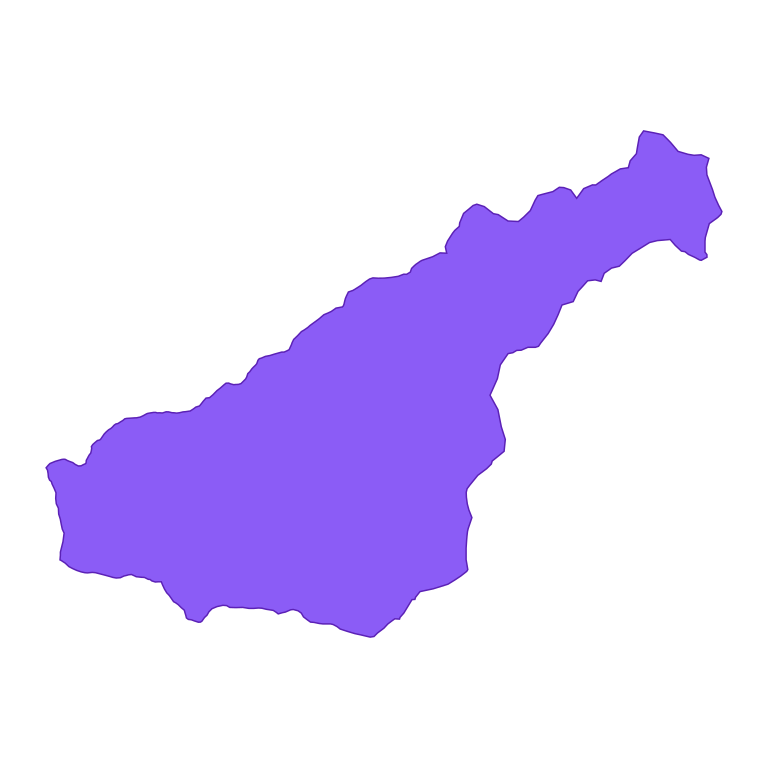 outline of Phuentenchhu, Chirang, Bhutan
{"feature_id": "84629894B77854435497479", "entity_name": "Phuentenchhu", "entity_type": "district", "adm_level": 2, "iso_a3": "BTN", "parent_name": "Bhutan", "parent_adm1": "Chirang", "projection": "mercator", "projection_center": [90.22, 27.109], "detail": "fine", "context": "isolated", "style": "filled", "palette": "violet", "viewbox_px": 768, "rotation_deg": 0, "n_neighbors": 0, "source": "geoboundaries", "source_scale": "gbopen_adm2", "svg_char_len": 4897}
<svg xmlns="http://www.w3.org/2000/svg" viewBox="0 0 768 768"><path d="M422.1,260.3L420.4,261.2L419.4,261.9L417.7,263.1L415.8,264.4L413.9,266.1L411.6,268.4L410.3,272.1L406.6,274.3L403.7,274.2L398.3,276.3L391.3,277.4L384.4,278.1L378.3,278.2L372.9,277.9L369.6,279.0L365.9,281.5L363.3,283.5L361.2,285.2L358.0,287.3L353.0,290.4L348.4,292.0L346.5,295.9L345.4,298.5L344.7,301.1L344.0,304.2L343.4,305.7L342.5,306.9L337.8,307.8L336.0,308.1L333.8,309.7L331.2,311.5L328.0,313.0L323.9,314.7L318.6,319.2L312.3,323.8L310.0,325.5L307.9,327.4L304.0,330.1L301.4,331.6L297.5,335.8L293.7,339.4L292.1,342.7L291.5,344.5L289.1,349.7L287.2,350.7L284.1,352.1L281.6,352.1L274.4,354.1L270.0,355.5L265.3,356.4L261.4,358.1L259.3,358.7L258.0,360.2L256.7,363.8L255.5,365.2L253.3,367.3L251.8,368.9L249.8,371.7L247.8,373.6L246.7,377.0L245.6,379.0L241.0,383.6L238.4,384.4L235.6,384.5L233.8,384.7L230.6,383.9L228.7,383.1L226.0,383.2L224.0,384.8L220.4,388.0L217.0,390.6L212.8,394.9L209.5,397.7L206.0,398.1L203.2,401.3L200.4,404.9L199.4,406.0L195.8,407.1L193.6,408.8L190.2,411.0L185.4,411.7L183.0,411.9L179.2,412.8L176.5,413.1L174.3,412.8L171.9,412.7L168.7,411.9L166.1,411.8L162.4,413.0L159.7,412.8L157.2,412.9L155.7,412.4L153.7,412.4L151.8,412.7L149.9,413.0L147.7,413.4L146.6,413.8L143.2,415.7L140.2,417.1L138.5,417.4L136.7,417.8L134.3,417.9L131.3,418.1L126.7,418.4L124.8,418.8L122.8,420.5L120.6,421.8L118.0,423.5L115.8,424.0L114.1,425.2L112.4,427.1L110.8,428.5L108.6,429.8L106.1,432.0L104.2,434.0L102.5,436.5L100.8,439.0L99.7,440.0L97.4,440.5L94.8,442.7L92.8,444.5L91.4,446.6L91.7,448.2L91.3,450.8L90.7,453.2L89.4,454.7L88.3,456.6L87.5,458.2L86.3,460.3L86.1,462.5L85.7,463.6L83.2,464.7L81.2,465.8L78.4,466.0L75.2,464.4L72.8,462.6L69.5,461.4L67.1,460.4L65.4,459.4L64.1,459.2L61.9,459.4L55.3,461.3L50.0,463.5L48.4,465.1L46.1,467.8L47.5,470.1L48.1,473.6L48.4,477.2L49.6,480.1L51.3,481.5L52.1,484.1L54.0,488.0L56.0,492.8L55.9,495.1L55.7,498.4L56.3,503.8L58.4,508.2L58.7,514.1L60.3,519.2L61.4,525.0L62.3,529.2L64.1,533.1L63.0,541.6L60.4,552.1L60.4,555.3L60.0,559.9L61.2,560.5L65.2,563.1L68.9,566.6L72.7,568.6L76.7,570.4L81.2,571.9L84.8,572.7L87.4,572.9L92.3,572.4L95.5,572.7L103.6,574.8L109.9,576.5L112.8,577.4L116.2,578.0L120.4,577.7L124.0,576.0L126.2,575.5L128.6,574.8L131.5,574.5L134.8,576.0L136.2,576.7L141.7,577.3L144.4,577.4L148.2,579.3L150.1,579.5L151.8,580.9L155.3,582.0L158.0,581.8L161.3,581.8L162.5,584.8L164.5,589.1L166.8,592.9L169.3,595.5L173.6,601.7L175.5,602.7L178.2,604.6L181.3,607.7L184.3,610.2L184.9,612.4L185.9,615.7L186.4,617.9L188.3,619.4L191.4,619.8L194.3,620.9L198.3,622.2L200.5,622.1L201.9,621.2L204.5,617.5L207.0,615.2L208.9,611.8L212.0,608.7L217.0,606.6L222.9,605.3L226.7,605.6L229.7,607.4L235.8,607.6L242.7,607.4L249.0,608.4L253.6,608.4L258.5,608.0L261.8,608.2L266.4,609.3L269.0,609.7L273.3,610.4L276.2,612.3L278.2,613.9L282.4,612.7L285.3,612.1L290.7,609.8L293.3,609.5L298.1,610.8L301.3,613.1L303.5,616.9L307.7,620.1L310.5,622.1L314.0,622.4L319.3,623.5L322.8,623.9L330.5,623.9L333.1,624.5L336.9,626.5L338.5,627.7L340.1,629.0L347.1,631.3L354.8,633.6L360.9,634.9L366.3,636.2L370.2,637.1L374.0,636.5L377.5,633.0L383.9,628.2L387.8,624.0L391.6,621.1L394.8,618.8L399.5,619.1L400.0,617.4L403.8,613.1L406.6,608.5L412.0,599.6L414.9,599.4L415.5,597.3L420.0,591.6L433.2,588.8L448.0,584.2L454.8,580.0L460.8,576.0L466.7,571.4L467.8,569.6L466.1,559.6L466.1,548.2L466.6,540.5L467.0,535.8L467.5,531.4L468.2,528.5L471.9,517.6L468.9,510.0L467.3,504.0L466.4,497.3L466.2,492.4L467.1,488.7L469.8,485.1L477.8,475.3L486.6,468.7L491.3,464.1L492.2,461.0L496.8,457.3L504.1,451.3L505.3,439.4L501.3,426.8L497.9,409.6L490.0,395.2L492.3,390.1L497.4,378.6L500.3,364.9L508.1,353.6L512.9,352.7L516.7,350.4L521.2,350.2L527.9,347.3L535.4,347.3L538.5,346.3L540.8,342.9L548.2,333.5L553.7,324.3L558.1,314.7L562.0,305.0L573.2,301.6L578.0,291.4L582.9,286.1L587.6,280.8L595.2,279.9L601.1,281.4L604.2,273.3L611.5,268.1L619.3,266.2L624.7,261.0L632.1,253.3L640.6,248.1L649.6,242.5L657.3,240.6L670.2,239.5L675.2,245.3L681.4,251.1L685.0,251.7L688.4,254.4L694.5,257.2L699.6,260.0L701.3,260.3L707.0,257.2L706.9,254.6L705.0,252.1L705.0,248.4L705.0,241.2L705.3,237.6L707.0,231.6L709.3,223.6L717.6,217.6L721.0,214.3L721.9,211.5L718.6,205.3L714.9,197.2L712.5,189.6L706.9,174.8L706.4,167.2L708.9,158.4L701.2,154.8L694.1,155.3L688.0,154.3L678.1,151.4L670.5,142.4L665.6,137.4L663.0,134.8L654.7,133.0L643.6,130.9L639.3,137.0L637.4,147.5L636.4,153.7L630.2,160.8L628.3,167.7L620.3,168.9L611.5,173.9L607.8,176.7L602.5,180.2L595.7,185.0L592.4,184.9L583.7,188.6L576.7,198.3L570.7,190.0L563.8,187.6L559.3,187.3L552.9,191.6L542.1,194.4L537.9,195.6L535.2,200.1L530.3,210.6L523.6,217.2L518.4,221.5L508.0,221.0L498.2,214.6L493.4,213.7L484.3,206.6L476.8,204.2L473.1,205.5L468.0,209.8L463.6,213.4L459.7,222.8L459.3,226.4L454.8,230.4L452.6,233.2L447.6,241.0L445.3,246.7L446.7,253.2L440.0,252.9L432.7,256.7L422.1,260.3Z" fill="#8b5cf6" stroke="#5b21b6" stroke-width="1.5"/></svg>